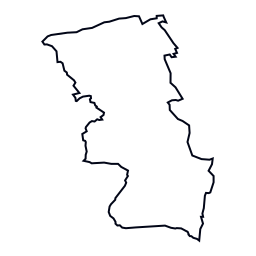 the district of Waterford City South Lea-6, Waterford, Ireland
{"feature_id": "5873133B96567236235028", "entity_name": "Waterford City South Lea-6", "entity_type": "district", "adm_level": 2, "iso_a3": "IRL", "parent_name": "Ireland", "parent_adm1": "Waterford", "projection": "equal_earth", "projection_center": [-7.125, 52.212], "detail": "fine", "context": "isolated", "style": "outline", "palette": "ink", "viewbox_px": 256, "rotation_deg": 0, "n_neighbors": 0, "source": "geoboundaries", "source_scale": "gbopen_adm2", "svg_char_len": 1896}
<svg xmlns="http://www.w3.org/2000/svg" viewBox="0 0 256 256"><path d="M199.2,240.6L200.3,229.0L203.0,223.6L201.0,216.8L203.1,216.8L202.4,213.5L203.8,208.2L204.9,195.7L206.0,192.9L208.8,193.1L210.3,192.4L213.6,182.3L213.6,176.0L208.6,170.8L212.0,164.2L212.7,158.5L209.5,159.7L201.5,159.1L192.3,155.5L187.5,142.0L189.6,133.0L189.1,125.4L182.6,121.0L177.9,119.0L169.8,110.0L169.6,104.8L167.8,102.5L171.9,100.3L175.8,100.0L178.1,100.7L182.6,98.8L175.5,87.3L170.5,82.8L170.6,73.2L164.7,59.2L164.5,55.6L169.7,54.5L171.6,57.2L175.6,56.7L173.6,53.9L177.0,52.9L175.2,48.9L177.5,47.9L173.4,43.1L164.7,30.1L161.6,27.4L158.7,23.2L162.5,21.4L166.2,22.4L163.7,16.9L163.2,15.4L156.7,15.9L156.7,18.3L150.4,19.3L142.4,24.0L139.0,16.3L134.2,16.0L125.8,18.1L119.1,18.6L109.3,21.7L104.3,22.3L92.1,27.9L82.5,29.3L76.6,32.2L67.4,32.7L51.1,35.0L47.6,36.4L42.4,41.6L44.4,44.5L47.0,44.4L52.0,46.2L56.5,51.3L57.5,62.1L60.5,61.8L62.6,63.3L64.4,70.7L66.8,72.5L67.1,74.7L74.0,80.3L75.4,82.6L73.5,85.7L79.4,93.0L73.0,94.6L75.4,97.8L75.8,100.9L76.7,101.1L79.6,98.3L83.0,96.6L89.3,95.7L90.8,96.1L91.0,98.3L89.9,99.3L90.5,102.1L94.4,102.9L95.2,105.4L96.8,106.6L96.4,107.6L104.0,112.6L103.5,115.0L100.6,117.1L102.2,119.6L99.2,120.0L97.2,119.3L94.6,121.5L91.9,121.1L89.6,122.5L85.9,127.1L85.6,128.4L86.7,131.3L82.3,134.0L83.2,140.3L85.2,140.9L85.8,142.1L85.5,145.8L86.7,151.6L85.7,154.8L85.6,158.7L83.6,160.8L89.6,162.1L91.7,163.3L104.1,162.6L111.5,163.9L118.1,163.9L121.2,166.9L128.0,170.6L127.1,174.8L127.9,176.0L125.1,180.4L126.2,182.7L124.9,185.8L115.4,198.1L115.2,199.8L111.0,204.2L109.6,206.5L108.7,212.0L110.2,215.9L113.5,218.4L115.5,221.8L115.5,223.7L117.4,225.5L119.8,225.3L122.2,227.6L125.9,228.2L136.0,227.4L165.0,225.6L171.0,227.8L175.3,228.5L176.7,228.1L181.2,228.4L187.7,231.9L188.8,234.5L188.0,234.0L189.8,236.1L191.4,236.2L193.3,237.8L197.0,238.9L199.2,240.6Z" fill="none" stroke="#020617" stroke-width="2"/></svg>